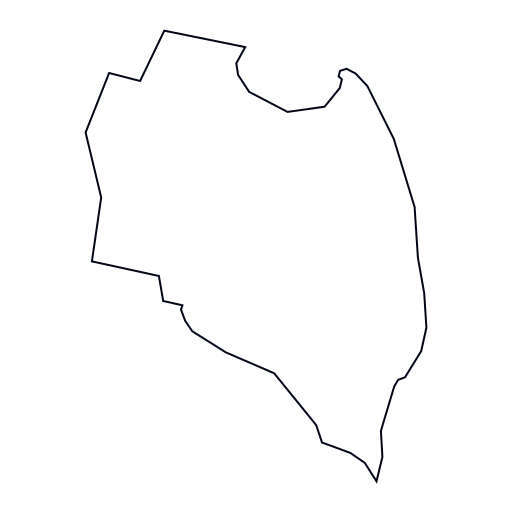 outline of Mathews, Virginia, United States of America
{"feature_id": "52423323B81347355959648", "entity_name": "Mathews", "entity_type": "district", "adm_level": 2, "iso_a3": "USA", "parent_name": "United States of America", "parent_adm1": "Virginia", "projection": "robinson", "projection_center": [-76.331, 37.423], "detail": "fine", "context": "isolated", "style": "outline", "palette": "ink", "viewbox_px": 512, "rotation_deg": 0, "n_neighbors": 0, "source": "geoboundaries", "source_scale": "gbopen_adm2", "svg_char_len": 638}
<svg xmlns="http://www.w3.org/2000/svg" viewBox="0 0 512 512"><path d="M109.1,73.0L85.6,132.5L101.2,197.5L91.9,261.4L158.9,276.0L163.2,301.0L182.4,305.3L181.0,309.6L185.2,320.9L192.3,331.3L225.9,352.4L274.2,373.3L316.2,425.1L322.0,442.5L350.5,453.0L364.9,463.0L376.5,481.3L382.4,456.9L380.9,430.9L394.2,386.5L398.2,379.8L405.0,377.3L421.2,351.1L426.4,327.7L424.2,293.2L417.9,257.7L414.6,207.0L393.8,138.9L367.4,86.1L355.6,73.5L346.6,68.8L340.0,70.9L338.6,76.4L341.9,79.3L339.8,88.0L324.6,106.7L287.5,111.9L249.2,91.9L238.1,74.9L236.3,63.3L245.2,47.1L164.3,30.7L140.1,81.0L109.1,73.0Z" fill="none" stroke="#020617" stroke-width="2"/></svg>